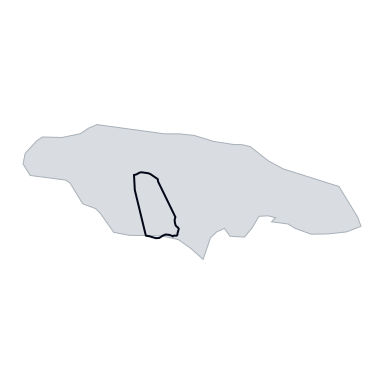 Manchester on a map of Jamaica (Mercator projection)
{"feature_id": "JAM-1372", "entity_name": "Manchester", "entity_type": "Parish", "adm_level": 1, "iso_a3": "JAM", "parent_name": "Jamaica", "parent_adm1": "", "projection": "mercator", "projection_center": [-77.454, 18.04], "detail": "fine", "context": "in_parent", "style": "outline", "palette": "ink", "viewbox_px": 384, "rotation_deg": 0, "n_neighbors": 0, "source": "natural_earth", "source_scale": "10m", "svg_char_len": 1316}
<svg xmlns="http://www.w3.org/2000/svg" viewBox="0 0 384 384"><path d="M194.2,135.4L213.5,141.4L233.5,144.5L242.1,144.7L250.3,146.6L268.5,161.0L283.2,168.9L338.9,186.5L357.5,216.8L361.0,226.3L346.6,231.9L328.5,233.9L311.1,234.2L295.1,228.4L288.2,224.0L271.5,221.8L275.6,217.7L268.2,215.8L259.0,216.3L252.1,227.9L244.5,237.1L230.0,236.2L224.4,228.4L216.7,231.9L210.5,237.7L203.1,259.4L191.2,248.7L178.3,239.6L162.0,235.9L129.2,235.3L113.7,232.3L100.8,214.0L95.8,208.7L82.8,203.9L69.9,182.8L65.2,180.0L30.2,175.5L23.0,163.9L25.2,153.4L36.9,140.6L42.5,137.0L61.9,137.5L80.4,133.7L88.5,128.2L97.0,124.6L164.0,133.8L179.4,133.9L194.2,135.4Z" fill="#d9dde1" stroke="#a8b0b8" stroke-width="1"/><path d="M173.0,236.3L172.9,236.2L169.4,234.9L165.7,234.5L162.7,235.7L159.4,237.9L156.0,238.2L149.1,236.2L146.1,235.7L145.7,235.0L134.8,190.0L134.0,175.0L136.1,174.5L137.0,174.1L138.8,173.0L140.0,172.5L140.9,172.3L141.8,172.3L147.8,173.2L148.3,173.2L150.6,174.2L157.7,179.1L158.1,181.6L175.4,217.1L175.1,218.0L174.7,219.3L174.7,220.2L174.7,221.3L175.1,223.5L175.4,224.6L175.6,225.3L176.4,226.3L178.2,227.8L178.5,228.4L178.7,229.0L178.6,229.5L177.7,232.6L177.4,234.6L177.2,235.1L176.9,235.4L176.6,235.6L176.2,235.7L175.7,235.7L174.3,235.6L173.8,235.7L173.5,235.9L173.0,236.3Z" fill="none" stroke="#020617" stroke-width="2"/></svg>